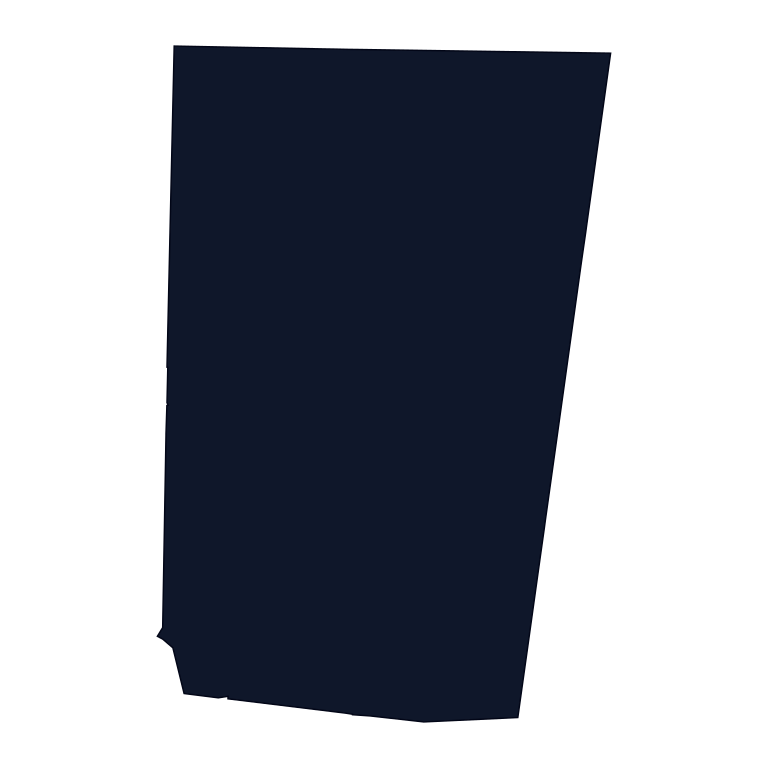 the district of Orange, North Carolina, United States of America
{"feature_id": "52423323B59069176742644", "entity_name": "Orange", "entity_type": "district", "adm_level": 2, "iso_a3": "USA", "parent_name": "United States of America", "parent_adm1": "North Carolina", "projection": "albers", "projection_center": [-79.134, 36.052], "detail": "fine", "context": "isolated", "style": "filled", "palette": "ink", "viewbox_px": 768, "rotation_deg": 0, "n_neighbors": 0, "source": "geoboundaries", "source_scale": "gbopen_adm2", "svg_char_len": 628}
<svg xmlns="http://www.w3.org/2000/svg" viewBox="0 0 768 768"><path d="M174.2,46.1L167.0,367.2L167.8,367.3L167.0,402.7L168.2,405.2L166.9,405.5L166.0,434.0L166.0,435.6L162.7,627.6L157.4,636.3L162.6,639.0L172.9,647.8L184.1,693.5L218.3,697.8L228.0,696.3L228.0,698.8L345.5,713.1L352.5,714.2L352.5,714.7L370.0,715.9L423.8,721.9L517.8,717.5L525.9,659.7L526.2,657.6L527.5,648.3L535.9,588.1L537.9,573.8L539.9,559.5L544.4,527.5L545.3,520.6L557.2,435.7L581.0,264.9L582.4,255.1L585.6,233.0L586.8,224.2L610.6,53.2L357.4,49.5L348.5,49.4L333.6,49.1L327.1,49.0L320.9,48.9L174.2,46.1Z" fill="#0f172a" stroke="#020617" stroke-width="1.5"/></svg>